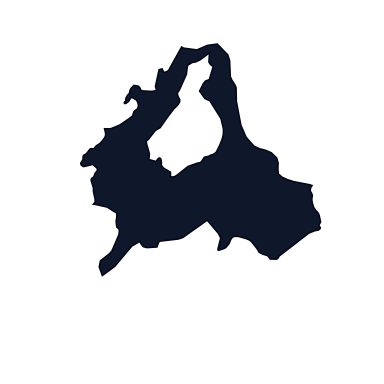 an SVG outline of Sankt Gallen, rotated 315°
{"feature_id": "CHE-167", "entity_name": "Sankt Gallen", "entity_type": "Canton", "adm_level": 1, "iso_a3": "CHE", "parent_name": "Switzerland", "parent_adm1": "", "projection": "natural_earth1", "projection_center": [9.275, 47.209], "detail": "fine", "context": "isolated", "style": "filled", "palette": "ink", "viewbox_px": 384, "rotation_deg": 315, "n_neighbors": 0, "source": "natural_earth", "source_scale": "10m", "svg_char_len": 3510}
<svg xmlns="http://www.w3.org/2000/svg" viewBox="0 0 384 384"><g transform="rotate(315 192 192)"><path d="M287.2,82.1L287.8,84.3L296.0,95.0L306.4,99.1L314.5,105.2L314.3,120.3L311.5,125.7L300.7,137.5L299.4,140.7L298.0,147.0L296.9,149.5L287.4,159.4L278.4,172.6L273.8,179.4L271.7,184.7L269.0,191.4L268.7,196.1L268.3,203.4L270.4,209.3L271.3,210.7L273.5,214.5L275.8,220.2L276.0,227.8L273.3,232.5L269.1,236.4L265.8,240.2L266.1,243.5L266.1,244.9L268.3,250.9L271.4,256.8L280.0,269.5L281.5,272.3L279.4,272.8L277.8,273.6L276.4,274.9L275.4,278.2L274.6,279.7L272.0,281.5L270.6,283.0L268.7,286.0L267.2,288.8L266.4,293.0L266.5,294.7L266.2,296.6L265.4,298.5L261.7,304.2L258.2,305.2L257.4,308.1L256.5,308.5L254.5,308.3L251.4,306.2L245.6,303.7L208.0,298.9L206.8,299.5L205.3,299.5L204.3,299.3L199.9,294.7L200.5,291.4L200.2,290.0L198.0,285.8L197.0,282.6L196.9,281.3L197.5,280.2L197.7,279.3L199.0,269.0L198.6,266.5L197.4,263.4L193.7,256.8L191.4,254.0L189.1,252.6L187.1,252.7L185.0,253.3L181.8,254.7L176.6,255.2L174.8,254.7L169.6,252.1L169.4,251.4L170.1,250.6L179.9,244.7L181.4,239.7L182.8,222.7L153.3,217.7L149.1,215.6L134.4,204.0L132.8,204.0L128.3,206.1L120.8,199.5L119.0,196.5L118.9,195.6L119.2,193.4L119.9,190.0L111.2,187.7L84.8,190.0L69.5,187.7L73.4,179.4L78.6,175.9L90.1,177.3L93.8,177.0L110.3,170.4L112.9,168.3L114.2,166.6L114.0,163.7L115.6,161.5L117.6,159.1L121.2,156.4L123.0,154.6L123.9,153.2L123.0,150.4L121.4,142.8L114.8,132.4L113.6,130.9L116.4,130.7L118.7,128.1L122.6,122.0L125.3,119.2L128.5,113.1L129.5,111.8L130.8,111.4L131.8,111.8L132.8,111.8L133.9,111.6L135.2,110.9L136.5,110.4L138.1,110.1L140.0,109.9L141.0,109.3L141.5,108.4L141.7,107.2L141.3,103.6L141.3,102.3L133.5,97.6L132.9,96.4L132.7,94.6L133.6,93.0L135.3,92.5L136.8,92.2L138.0,91.8L140.3,89.7L141.3,89.4L143.5,90.1L145.2,90.2L150.0,89.5L150.9,89.7L151.7,90.3L152.2,91.2L152.9,91.8L153.7,92.0L156.2,91.7L157.3,91.7L160.8,92.5L164.3,92.5L168.9,91.8L171.1,90.7L172.4,89.4L174.9,85.4L179.1,89.7L188.2,93.5L199.1,95.6L204.1,96.2L205.2,95.4L207.7,94.2L209.3,94.1L211.7,94.6L213.6,94.0L215.1,93.1L216.2,91.7L216.8,90.6L217.8,87.9L216.4,82.5L215.5,82.3L214.3,82.3L212.8,82.8L211.1,83.1L208.1,82.7L207.1,82.1L207.0,81.2L207.5,80.8L208.0,80.6L208.6,80.9L209.1,80.9L209.8,80.5L210.7,79.6L211.8,78.9L213.5,78.3L215.1,78.0L217.4,77.9L218.2,77.6L219.6,76.5L220.9,76.0L222.3,75.6L226.3,75.5L228.9,79.1L228.9,80.5L228.7,81.9L227.8,83.8L228.5,85.5L234.7,92.4L237.2,94.2L239.0,94.8L240.9,91.4L255.2,82.2L258.0,83.8L256.7,87.1L257.0,87.5L257.3,88.1L260.1,89.3L261.1,89.4L262.5,89.2L265.0,88.4L287.2,82.1L287.2,82.1ZM269.1,140.3L267.2,135.0L268.7,126.0L276.3,123.5L279.8,123.0L283.8,124.7L295.7,118.3L295.2,115.1L295.7,112.4L296.3,111.6L302.7,106.0L291.3,104.3L287.0,102.8L286.1,102.3L284.2,100.9L283.4,100.5L281.0,100.0L280.4,99.8L279.8,99.4L278.7,99.5L277.1,100.2L271.3,104.8L257.3,110.2L254.9,111.0L251.6,111.7L250.1,113.8L249.2,116.0L248.8,117.9L247.1,119.5L243.7,120.4L237.6,120.4L227.5,121.8L214.9,124.0L210.3,122.7L208.3,122.7L198.3,124.0L195.8,123.6L194.8,124.7L193.4,126.8L190.6,132.0L188.5,135.3L185.0,138.1L184.6,138.8L188.2,145.0L191.0,144.5L192.2,144.5L193.2,145.0L193.5,146.2L192.3,148.2L191.4,149.4L189.5,151.1L189.0,152.5L188.8,154.8L190.8,162.8L187.5,166.1L189.6,168.2L190.8,168.9L193.3,169.5L207.3,171.1L215.9,175.2L218.8,177.1L219.6,177.1L220.6,177.1L225.3,176.1L229.0,178.4L231.4,179.2L233.4,180.3L235.8,180.8L237.6,180.9L245.5,178.2L251.0,175.8L255.0,173.3L258.9,169.5L264.4,160.6L269.1,140.3Z" fill="#0f172a" stroke="#020617" stroke-width="1.5"/></g></svg>